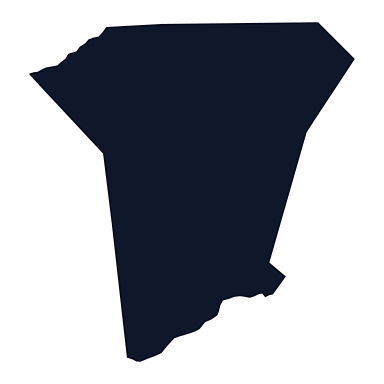 outline of Paes Landim, Piauí, Brazil
{"feature_id": "56859067B98059440122572", "entity_name": "Paes Landim", "entity_type": "district", "adm_level": 2, "iso_a3": "BRA", "parent_name": "Brazil", "parent_adm1": "Piauí", "projection": "natural_earth1", "projection_center": [-42.304, -7.837], "detail": "fine", "context": "isolated", "style": "filled", "palette": "ink", "viewbox_px": 384, "rotation_deg": 0, "n_neighbors": 0, "source": "geoboundaries", "source_scale": "gbopen_adm2", "svg_char_len": 836}
<svg xmlns="http://www.w3.org/2000/svg" viewBox="0 0 384 384"><path d="M272.5,293.7L284.8,276.6L268.5,262.8L305.9,132.1L315.8,116.8L353.8,59.1L350.9,56.1L317.8,23.0L162.5,24.7L106.8,27.7L103.0,32.9L98.8,37.3L93.7,38.3L89.0,40.0L85.8,43.8L80.3,47.3L76.8,52.1L68.9,54.3L66.0,59.3L61.8,62.3L57.8,66.0L53.1,67.0L45.9,68.3L42.5,69.9L37.9,72.5L33.9,73.0L30.2,74.2L43.9,89.1L103.8,153.3L112.5,223.4L127.6,357.0L132.6,358.6L136.6,360.7L140.3,361.0L147.4,358.0L154.3,355.5L161.0,352.4L164.6,348.0L167.9,344.1L173.8,337.7L178.9,335.8L184.9,334.1L190.5,332.3L195.4,330.5L199.2,328.4L204.6,321.6L211.2,318.7L216.9,314.7L218.4,310.4L219.7,304.8L222.5,299.8L228.9,298.1L234.1,296.1L240.2,295.4L245.0,296.1L249.8,297.0L254.1,295.6L258.7,293.3L262.7,292.8L265.4,296.3L268.8,294.5L272.5,293.7Z" fill="#0f172a" stroke="#020617" stroke-width="1.5"/></svg>